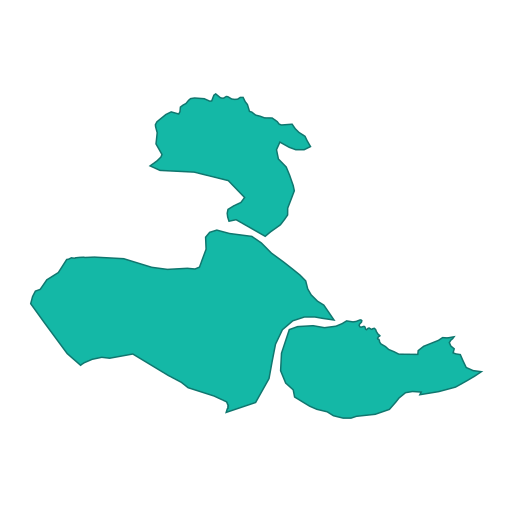 Warri South-West, Delta, Nigeria
{"feature_id": "59680162B46174350236230", "entity_name": "Warri South-West", "entity_type": "district", "adm_level": 2, "iso_a3": "NGA", "parent_name": "Nigeria", "parent_adm1": "Delta", "projection": "albers", "projection_center": [5.499, 5.604], "detail": "fine", "context": "isolated", "style": "filled", "palette": "teal", "viewbox_px": 512, "rotation_deg": 0, "n_neighbors": 0, "source": "geoboundaries", "source_scale": "gbopen_adm2", "svg_char_len": 3240}
<svg xmlns="http://www.w3.org/2000/svg" viewBox="0 0 512 512"><path d="M226.2,412.4L255.6,402.5L269.0,378.6L272.2,361.1L275.5,344.2L282.4,329.7L292.8,320.8L304.4,317.0L315.0,317.0L322.8,318.4L334.0,320.0L323.8,305.1L317.5,301.2L311.1,294.8L307.7,288.9L305.7,280.9L299.9,275.0L292.6,269.1L287.0,264.7L286.4,264.2L282.9,261.5L271.4,253.1L261.4,243.0L251.8,236.4L229.5,233.5L216.8,230.1L209.7,232.3L205.6,237.2L206.1,249.2L201.6,261.3L201.2,262.5L199.5,267.1L195.0,269.0L187.3,268.3L167.4,269.4L151.7,267.3L147.8,266.1L123.7,258.7L94.3,257.1L84.9,257.5L83.8,257.2L79.5,257.4L75.5,257.8L75.0,258.2L73.1,258.1L71.4,257.8L68.6,259.2L66.7,259.5L60.7,268.9L58.3,272.6L46.8,279.8L40.2,289.4L35.4,291.1L32.6,296.5L30.7,303.7L44.6,323.0L67.2,353.6L80.6,365.3L81.8,364.3L84.3,362.7L92.2,359.3L101.7,357.3L109.7,358.2L132.8,354.0L168.2,375.4L181.3,382.3L188.1,387.7L214.0,396.0L226.3,401.7L226.7,402.0L226.9,402.8L227.3,403.0L227.5,404.2L227.9,404.6L227.9,405.2L228.3,405.4L228.3,405.8L228.1,405.8L228.1,407.2L227.9,407.2L228.1,407.8L227.9,407.8L227.9,408.2L227.3,408.8L226.2,412.4ZM419.9,394.7L438.8,391.6L455.5,387.1L466.8,380.8L474.9,376.0L481.3,371.7L473.1,370.6L466.2,367.5L463.0,360.8L460.3,354.6L455.8,353.9L453.1,352.8L454.2,348.8L450.8,346.0L449.3,342.6L450.9,340.1L452.6,338.7L454.0,336.8L452.2,337.1L448.9,337.7L446.9,337.9L442.6,337.6L438.4,340.4L424.2,346.1L423.8,346.2L418.2,350.6L417.8,354.4L398.9,354.2L394.0,351.7L388.7,349.5L385.5,346.6L380.9,343.9L379.6,342.0L379.4,340.6L378.9,339.4L377.7,338.9L377.6,338.2L378.5,336.7L379.7,336.1L379.9,335.7L377.9,334.0L376.4,331.6L375.6,329.5L374.3,328.3L372.7,328.7L371.9,329.4L371.0,329.1L369.1,328.0L368.1,328.3L366.6,329.7L365.6,329.2L365.0,327.1L364.4,326.5L363.7,326.4L361.0,327.2L359.9,326.8L359.1,325.3L359.6,324.1L361.5,322.1L361.8,320.6L361.1,320.0L360.1,319.9L356.3,321.4L353.0,321.9L346.6,320.9L342.2,323.6L336.0,326.2L324.5,327.7L313.1,325.7L297.6,326.6L289.3,329.6L281.5,353.2L280.6,370.7L285.7,383.1L293.2,389.8L294.6,397.0L303.9,402.7L309.7,406.2L316.8,409.3L327.2,411.8L333.4,415.7L337.3,416.7L343.1,418.1L351.1,418.1L356.4,416.3L375.2,414.3L389.4,409.4L395.8,402.1L399.0,398.0L405.5,392.7L412.4,391.5L414.3,391.6L415.9,391.7L421.2,392.1L419.9,394.7ZM229.0,221.2L236.1,219.7L265.2,236.3L270.6,231.8L280.4,224.8L284.5,219.5L287.6,215.0L287.7,208.1L291.3,198.8L294.3,190.8L293.2,185.5L291.5,180.7L289.6,175.2L286.2,167.0L278.4,159.0L276.5,149.7L279.9,142.1L289.2,147.3L295.7,149.7L304.2,149.7L310.5,146.6L307.1,140.7L305.0,136.3L298.9,132.4L295.2,128.7L292.1,124.2L281.4,125.0L279.1,124.1L277.2,121.6L272.1,118.0L264.6,117.9L260.0,116.2L255.6,115.1L251.8,112.1L249.5,111.4L247.4,104.5L245.2,101.7L243.1,97.4L240.3,97.4L237.6,99.2L234.6,99.4L231.7,99.0L227.8,96.7L226.3,96.5L223.5,98.2L221.7,98.1L220.2,97.6L215.7,93.9L213.9,95.2L211.7,100.9L209.8,101.2L204.2,98.7L194.6,98.0L190.6,98.6L188.6,100.3L186.0,103.5L183.0,105.1L180.4,107.1L180.0,111.7L178.7,114.0L171.2,111.9L165.9,114.5L157.0,121.7L155.4,124.7L155.6,126.7L157.2,132.7L156.5,139.4L156.0,143.9L162.0,154.5L160.9,157.1L157.0,160.9L150.1,165.9L160.0,170.4L194.1,172.1L228.3,180.6L244.6,197.5L240.9,202.5L234.0,205.7L228.0,209.4L227.2,213.3L227.7,217.1L229.0,221.2Z" fill="#14b8a6" stroke="#0f766e" stroke-width="1.5"/></svg>